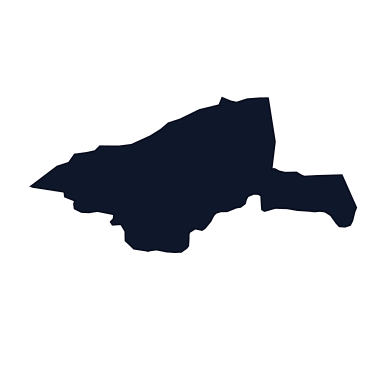 Monzie, Choiseul, Saint Lucia (Equal Earth projection), rotated 252°
{"feature_id": "8701671B92535137088393", "entity_name": "Monzie", "entity_type": "district", "adm_level": 2, "iso_a3": "LCA", "parent_name": "Saint Lucia", "parent_adm1": "Choiseul", "projection": "equal_earth", "projection_center": [-61.024, 13.807], "detail": "fine", "context": "isolated", "style": "filled", "palette": "ink", "viewbox_px": 384, "rotation_deg": 252, "n_neighbors": 0, "source": "geoboundaries", "source_scale": "gbopen_adm2", "svg_char_len": 1951}
<svg xmlns="http://www.w3.org/2000/svg" viewBox="0 0 384 384"><g transform="rotate(252 192 192)"><path d="M149.3,131.2L149.3,133.7L149.2,134.6L148.2,140.3L144.5,146.9L143.2,149.1L142.2,151.6L140.0,157.0L138.3,163.3L139.4,166.8L140.2,169.3L141.8,171.8L145.5,173.3L149.1,174.7L150.2,175.0L152.8,175.9L154.5,177.2L155.7,182.1L156.1,183.8L152.6,189.8L153.6,193.2L158.5,200.8L160.7,203.0L162.9,205.2L163.5,206.2L164.6,208.4L164.6,213.4L162.7,219.4L163.4,229.5L162.7,233.6L164.6,238.9L167.8,241.0L168.5,241.5L170.7,244.0L170.8,246.3L171.1,250.0L170.4,251.9L169.5,254.4L167.1,256.6L166.2,256.3L161.3,255.0L156.4,253.7L154.1,253.2L153.6,253.1L153.3,253.4L151.4,255.0L151.3,258.0L151.2,261.9L151.0,266.3L147.0,277.4L143.4,284.2L142.3,286.2L137.9,297.2L136.5,300.4L135.5,302.6L135.4,303.1L134.3,307.9L132.2,312.3L130.4,313.9L126.8,316.8L120.4,318.8L118.7,319.3L117.0,320.0L113.7,321.5L113.0,323.3L111.6,326.8L111.6,332.2L115.1,335.7L123.1,340.7L125.8,343.0L126.4,343.5L160.7,339.9L161.1,339.8L161.8,339.8L168.8,315.8L172.1,303.5L173.6,301.8L174.9,300.4L178.0,297.8L178.4,297.5L179.2,294.7L181.7,286.5L182.8,284.6L184.9,281.2L186.6,279.5L188.5,277.7L189.2,274.9L214.2,286.5L257.8,293.4L259.5,288.0L260.3,285.4L261.8,279.3L263.3,273.2L263.3,262.0L264.7,259.7L266.3,256.9L269.8,252.8L272.4,249.8L270.2,248.0L266.3,244.7L267.1,233.5L267.8,224.4L265.2,205.8L264.8,203.0L264.8,190.8L261.0,181.6L258.0,169.4L255.7,149.0L258.0,136.8L261.0,127.7L264.1,118.5L263.3,117.0L261.0,112.4L261.8,104.3L263.4,95.3L264.1,92.0L258.0,83.9L258.0,71.7L247.4,41.1L247.3,40.5L245.9,42.1L231.6,70.5L226.8,69.6L221.7,75.7L220.0,77.8L218.4,76.8L217.3,76.0L212.5,75.1L210.3,77.3L207.1,80.6L206.5,82.1L204.3,87.9L203.9,90.9L203.0,96.2L194.8,110.8L190.7,109.0L190.0,107.6L188.7,105.3L185.3,106.2L184.3,110.3L183.2,114.5L176.1,116.1L175.0,116.3L171.6,115.2L166.2,113.6L161.4,116.3L160.8,116.6L156.0,119.1L149.5,132.0L149.3,131.2Z" fill="#0f172a" stroke="#020617" stroke-width="1.5"/></g></svg>